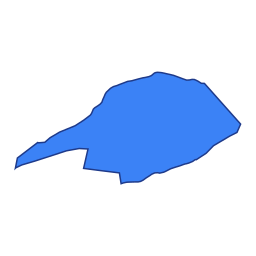 Lastic Hill, Castries, Saint Lucia (Albers equal-area conic projection)
{"feature_id": "8701671B98117918076450", "entity_name": "Lastic Hill", "entity_type": "district", "adm_level": 2, "iso_a3": "LCA", "parent_name": "Saint Lucia", "parent_adm1": "Castries", "projection": "albers", "projection_center": [-60.983, 14.008], "detail": "fine", "context": "isolated", "style": "filled", "palette": "blue", "viewbox_px": 256, "rotation_deg": 0, "n_neighbors": 0, "source": "geoboundaries", "source_scale": "gbopen_adm2", "svg_char_len": 1249}
<svg xmlns="http://www.w3.org/2000/svg" viewBox="0 0 256 256"><path d="M15.4,168.2L15.8,167.8L21.9,164.9L35.1,161.0L66.5,150.8L79.2,148.5L88.0,149.0L83.6,168.4L100.7,170.6L119.4,172.9L121.1,183.7L123.4,182.9L125.3,182.5L126.9,182.2L128.8,182.1L135.8,181.9L138.2,181.9L140.6,181.4L143.0,180.2L146.3,177.8L149.8,175.6L151.6,174.3L154.7,172.9L157.6,172.7L159.7,173.1L163.7,172.2L165.3,171.5L168.6,169.8L170.8,168.7L172.9,168.0L175.9,167.0L177.7,166.5L180.5,165.6L182.9,164.7L184.9,164.0L186.5,163.7L188.9,163.0L192.7,161.4L195.2,159.6L196.3,159.7L206.2,153.2L213.5,145.7L229.7,136.1L237.0,132.4L240.6,124.1L204.4,83.4L201.3,83.3L198.0,81.2L196.0,80.2L194.3,79.5L192.1,79.4L189.3,80.0L186.6,80.1L183.4,79.0L178.3,77.1L173.7,75.4L169.6,74.4L167.2,73.9L164.3,73.2L161.2,72.6L157.6,72.3L156.0,72.5L154.5,73.0L152.8,74.4L151.4,75.6L149.0,76.6L145.0,77.5L143.0,77.8L138.6,78.9L131.7,80.8L127.6,81.4L123.2,83.1L119.2,84.6L117.1,85.5L113.4,86.6L110.5,88.3L106.4,92.2L105.2,94.1L103.9,97.2L102.8,99.6L101.9,102.2L100.2,104.1L97.7,105.9L94.7,107.8L93.3,109.2L92.0,112.4L91.2,114.0L90.8,114.4L90.5,115.0L83.8,120.1L75.2,125.7L59.6,132.1L50.1,137.7L44.8,142.3L38.5,142.8L37.7,142.5L17.4,158.0L15.4,168.2Z" fill="#3b82f6" stroke="#1e3a8a" stroke-width="1.5"/></svg>